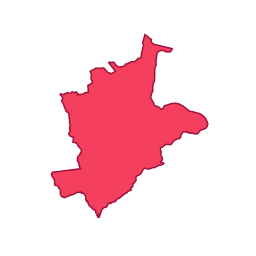 outline of Costa Rica, Mato Grosso do Sul, Brazil, rotated 18°
{"feature_id": "56859067B26406840873489", "entity_name": "Costa Rica", "entity_type": "district", "adm_level": 2, "iso_a3": "BRA", "parent_name": "Brazil", "parent_adm1": "Mato Grosso do Sul", "projection": "albers", "projection_center": [-53.227, -18.497], "detail": "fine", "context": "isolated", "style": "filled", "palette": "rose", "viewbox_px": 256, "rotation_deg": 18, "n_neighbors": 0, "source": "geoboundaries", "source_scale": "gbopen_adm2", "svg_char_len": 5771}
<svg xmlns="http://www.w3.org/2000/svg" viewBox="0 0 256 256"><g transform="rotate(18 128 128)"><path d="M53.2,116.5L53.3,117.3L54.5,118.0L55.4,118.4L56.3,119.3L56.7,120.2L56.6,121.3L56.4,122.6L56.7,123.1L57.8,123.6L63.0,130.0L63.6,130.5L64.1,131.2L64.7,131.6L66.1,131.7L67.3,132.6L70.4,139.6L70.5,140.2L70.8,141.1L71.5,142.0L71.7,142.6L72.5,143.6L72.2,144.1L72.2,144.9L72.7,146.4L72.8,147.2L73.3,147.7L74.0,148.1L74.0,149.0L73.2,151.5L75.1,153.4L77.7,153.8L79.1,153.6L79.9,158.4L80.5,158.5L82.1,158.3L82.7,158.2L83.6,158.3L84.5,158.9L86.5,160.9L87.3,161.2L87.8,161.4L88.3,161.9L88.9,162.1L90.1,162.9L90.7,163.5L90.7,165.3L91.3,166.1L90.5,166.5L90.3,167.2L90.5,168.2L89.7,169.5L89.1,171.3L89.2,172.0L89.9,174.2L89.9,174.8L90.4,175.2L91.9,176.2L92.4,176.7L92.5,177.7L92.8,178.5L93.7,179.2L93.9,180.0L94.7,180.8L95.5,181.4L69.7,193.5L69.5,195.8L70.1,196.4L71.0,197.7L72.2,198.5L73.4,199.5L74.3,200.6L75.1,202.4L75.3,203.8L75.7,204.5L76.2,204.9L76.9,205.0L78.5,204.6L79.1,204.8L79.6,205.2L80.6,206.5L81.1,206.8L82.0,207.1L82.5,207.5L83.1,208.4L83.7,210.9L84.7,212.4L85.5,213.3L86.4,213.7L87.2,213.9L88.2,213.7L89.0,213.9L95.0,209.0L95.7,208.6L96.2,208.3L96.7,207.7L97.3,207.3L98.5,206.2L99.2,205.2L101.1,204.2L102.3,204.1L102.9,203.6L103.5,203.2L104.1,204.5L105.6,203.8L106.5,204.0L107.1,204.6L107.8,205.1L109.0,206.5L109.5,207.2L109.9,208.8L110.3,209.5L111.2,210.5L111.5,209.9L112.0,210.3L112.5,210.5L113.7,212.6L114.5,212.9L115.1,213.9L115.8,214.0L116.4,214.4L117.2,214.6L117.8,214.7L118.4,215.4L119.1,215.3L119.7,215.9L120.5,216.4L121.3,216.4L121.7,215.9L122.2,216.6L122.8,216.8L123.3,217.5L123.5,218.6L123.9,218.9L124.7,219.4L125.4,219.3L126.1,219.5L126.7,219.4L126.4,220.6L125.7,220.9L126.5,221.5L127.2,221.6L127.1,222.1L127.8,222.1L128.2,221.6L128.3,213.9L128.7,213.2L129.2,211.7L130.2,210.9L131.7,210.0L132.3,208.9L132.6,205.6L133.4,205.3L134.2,205.4L135.0,205.1L135.4,204.0L138.1,202.1L138.7,201.8L139.0,200.6L140.0,198.4L141.0,197.9L141.6,197.5L142.2,196.1L143.8,193.9L144.1,193.2L144.6,192.5L145.0,192.2L145.5,191.4L146.0,190.9L146.5,190.2L147.1,189.8L147.5,188.2L148.6,187.3L149.1,187.0L149.6,186.3L150.2,185.9L149.8,185.2L149.1,184.9L149.3,184.3L149.6,183.7L150.1,183.3L150.2,182.7L150.4,182.2L150.6,181.6L149.8,180.0L149.8,179.4L150.4,179.2L150.7,178.6L150.8,178.0L151.2,177.4L151.8,175.3L151.7,174.6L151.2,174.0L150.9,173.0L150.8,171.4L151.7,170.6L152.1,170.1L153.5,168.7L154.5,167.0L154.7,166.1L155.2,162.3L155.6,161.5L157.5,161.0L158.4,160.8L159.2,161.0L159.9,160.9L160.5,160.6L163.8,158.1L165.2,157.4L165.9,157.3L167.3,155.4L168.0,154.7L170.6,153.1L172.2,151.9L172.6,151.4L173.0,150.5L172.1,150.2L170.2,150.6L169.6,150.2L170.6,147.7L170.0,146.2L169.3,145.1L168.0,144.3L167.4,143.3L167.3,141.7L167.1,140.6L166.4,139.6L165.6,138.9L165.1,138.2L165.5,136.4L166.9,135.1L168.6,132.4L169.2,131.9L170.1,131.5L171.4,131.3L173.3,130.7L174.0,130.3L174.5,129.5L175.2,126.8L175.7,125.8L177.1,124.2L178.0,123.5L180.2,122.1L180.7,121.2L180.8,120.1L180.7,118.6L180.7,117.6L181.4,115.1L182.0,114.4L183.6,114.0L185.8,113.7L188.2,113.9L190.2,113.2L193.9,112.8L194.9,112.6L195.5,112.3L196.2,111.4L197.4,108.1L197.8,107.6L198.2,107.2L200.7,105.6L201.1,105.2L202.2,103.9L202.7,102.3L202.8,101.4L202.7,99.9L202.6,99.4L201.7,98.0L199.6,95.7L197.5,94.1L196.5,93.6L194.3,92.8L192.6,92.3L190.2,92.2L187.6,92.5L184.9,92.5L181.7,93.0L176.4,91.2L174.4,90.4L171.7,89.9L170.6,89.5L168.3,89.4L167.1,89.5L165.1,89.9L162.5,91.0L161.6,91.5L159.2,93.2L157.8,94.4L156.1,95.2L155.7,96.1L155.3,98.0L154.9,99.0L154.3,99.7L153.5,100.0L152.8,99.7L152.3,99.3L150.6,98.5L149.2,98.6L148.4,98.4L146.9,98.6L145.8,98.2L145.1,96.9L143.6,95.3L140.5,92.7L140.3,92.2L140.0,90.6L139.8,88.5L139.9,87.1L140.1,85.8L140.1,84.8L139.1,82.4L138.8,81.4L138.6,80.1L138.4,77.6L138.4,76.8L138.7,75.5L138.6,74.6L137.1,69.9L136.3,66.9L135.1,63.3L135.0,62.5L135.3,60.5L135.2,59.0L134.5,57.3L133.8,55.2L133.7,54.1L133.0,50.9L132.6,48.3L132.7,47.5L133.3,46.1L133.9,45.3L135.0,44.4L136.2,43.7L137.1,43.5L137.7,43.5L138.7,43.7L140.0,43.7L142.5,43.3L143.8,42.9L144.4,42.6L144.9,42.2L145.3,41.1L145.6,39.5L145.5,38.9L126.8,40.4L125.7,39.9L123.9,39.4L123.1,38.1L123.0,37.1L122.3,36.2L121.5,36.5L119.8,35.7L119.0,35.0L116.5,34.5L116.0,34.3L115.3,33.9L115.6,42.0L115.8,42.8L117.4,44.9L117.5,45.7L117.3,47.0L117.3,47.7L117.5,48.3L117.6,50.5L117.9,51.9L117.8,53.5L118.1,54.1L118.5,56.0L118.4,56.8L117.9,57.7L117.4,58.3L116.2,58.7L115.8,59.2L115.6,59.9L114.8,61.5L114.3,62.1L113.7,62.7L113.0,63.2L112.4,63.5L110.5,63.9L110.0,64.4L109.7,65.2L109.2,65.7L108.6,65.9L107.7,67.2L107.0,67.4L106.3,67.6L106.1,68.2L105.2,70.0L104.7,70.5L103.7,71.2L103.0,71.6L101.3,72.6L100.5,72.7L98.9,72.6L97.4,71.9L96.9,71.9L96.2,71.5L95.5,70.7L94.8,70.3L94.2,70.0L93.6,69.8L92.9,70.3L92.3,70.9L90.7,70.8L90.2,71.1L89.5,71.6L90.1,72.4L90.9,72.7L92.4,73.9L93.6,74.6L94.2,75.2L94.9,75.4L95.6,75.8L96.5,76.8L97.3,77.4L98.1,77.7L98.4,78.3L95.8,81.2L95.1,81.6L94.3,81.2L93.8,81.4L92.8,81.6L91.9,81.5L91.2,81.2L90.3,80.4L89.3,80.2L88.6,79.9L87.4,78.8L86.5,78.5L85.5,78.6L83.9,79.6L83.1,79.7L82.6,80.0L81.8,80.2L80.2,80.5L79.7,80.9L78.7,81.2L78.4,81.6L77.9,82.0L77.7,82.5L77.7,83.1L77.2,83.5L76.2,84.1L75.6,84.3L75.0,85.2L74.6,86.1L75.0,86.4L76.3,87.9L76.6,88.4L76.7,89.0L77.3,90.2L77.5,90.9L77.2,91.5L77.4,92.2L78.4,93.7L79.9,95.2L80.0,95.9L79.7,96.7L76.8,99.8L76.8,100.5L77.2,101.4L77.7,102.1L78.0,102.7L78.0,103.5L78.5,104.3L79.2,106.2L78.1,106.8L77.5,107.3L76.2,107.6L75.7,108.2L75.2,109.4L73.3,110.3L72.2,111.0L71.4,111.0L70.4,111.3L69.8,112.2L69.6,111.5L69.1,110.5L68.7,110.0L67.6,109.7L66.9,110.1L66.3,110.7L65.8,111.0L64.5,110.9L63.5,110.9L63.1,112.4L62.6,112.7L61.7,113.0L59.4,113.1L58.7,113.4L58.3,114.1L57.3,115.0L57.1,115.7L56.5,115.9L55.9,116.0L55.4,116.3L54.8,116.2L54.1,116.5L53.2,116.5Z" fill="#f43f5e" stroke="#9f1239" stroke-width="1.5"/></g></svg>